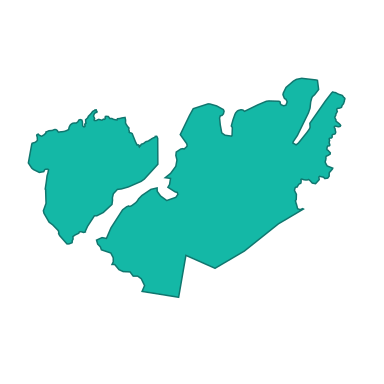 the district of Petersburg, Alaska, United States of America, rotated 85°
{"feature_id": "52423323B76828844452953", "entity_name": "Petersburg", "entity_type": "district", "adm_level": 2, "iso_a3": "USA", "parent_name": "United States of America", "parent_adm1": "Alaska", "projection": "mercator", "projection_center": [-133.171, 57.135], "detail": "fine", "context": "isolated", "style": "filled", "palette": "teal", "viewbox_px": 384, "rotation_deg": 85, "n_neighbors": 0, "source": "geoboundaries", "source_scale": "gbopen_adm2", "svg_char_len": 5594}
<svg xmlns="http://www.w3.org/2000/svg" viewBox="0 0 384 384"><g transform="rotate(85 192 192)"><path d="M286.7,250.4L295.7,214.5L254.6,203.6L270.0,175.7L255.4,145.0L231.2,108.6L218.7,82.5L218.2,83.2L219.0,85.8L217.9,88.2L216.5,88.5L215.5,88.6L214.2,88.9L213.1,89.0L212.4,89.4L211.2,89.4L209.8,89.8L208.6,88.8L203.4,88.2L199.4,89.8L196.8,88.9L196.3,88.3L196.2,86.8L194.2,85.5L193.1,84.2L192.9,83.0L191.8,82.5L190.2,82.3L189.2,82.4L188.7,82.0L188.8,81.2L189.5,79.6L190.0,77.4L190.0,75.7L189.7,74.8L190.7,73.6L193.6,71.4L194.5,68.2L190.8,64.2L189.0,64.3L188.3,64.4L187.5,63.5L187.9,62.3L188.7,59.7L190.2,58.5L190.0,55.6L188.2,54.0L185.3,53.7L184.5,53.4L183.9,52.7L183.3,52.0L182.7,51.6L182.0,50.7L181.2,50.0L180.5,49.7L180.0,50.7L179.5,51.7L178.8,53.2L177.8,55.1L176.0,55.9L174.8,56.4L173.8,56.7L172.9,56.5L172.4,56.2L171.4,55.9L170.1,55.6L169.3,55.7L168.0,55.1L167.6,53.7L166.8,52.1L166.3,51.1L165.0,50.8L163.9,51.7L162.3,52.9L161.9,53.6L160.9,54.0L160.3,53.7L159.1,53.5L157.9,52.6L158.0,51.7L157.9,51.0L157.3,50.6L156.4,50.7L154.9,51.1L153.7,50.8L152.5,50.4L151.8,50.7L150.7,50.6L150.3,49.7L150.3,48.7L150.3,48.3L149.4,47.5L148.3,47.6L147.6,47.5L146.9,46.6L146.9,45.6L146.4,44.2L144.9,43.6L143.0,43.9L141.6,43.9L140.3,44.5L139.6,44.6L138.9,43.8L138.9,43.0L139.8,40.6L139.7,39.4L139.5,38.6L138.7,38.1L137.9,38.5L136.9,39.3L136.0,40.2L135.1,41.2L133.9,42.4L132.6,42.3L131.3,42.9L129.9,43.3L129.2,42.8L128.4,42.2L127.5,41.9L126.8,41.9L125.4,40.8L124.3,40.2L123.0,40.7L122.2,40.6L121.4,39.7L121.3,37.6L120.7,35.7L119.6,35.2L119.0,35.1L118.3,34.4L117.3,33.4L116.1,32.9L114.8,32.3L113.2,32.0L112.6,31.5L111.5,31.9L110.9,32.7L109.9,33.2L108.9,33.9L108.2,35.4L107.5,37.2L106.5,38.9L105.5,40.3L105.2,41.7L104.6,43.2L105.6,44.4L113.1,51.3L133.8,68.6L137.8,68.7L139.4,69.5L142.8,72.4L152.6,81.8L154.1,84.2L152.0,87.2L150.7,86.8L144.9,82.1L123.3,69.1L118.7,67.1L112.6,65.9L108.5,64.4L107.4,63.6L105.7,61.3L100.9,56.9L91.7,57.3L91.2,58.6L88.3,72.8L88.9,78.2L90.4,81.4L96.0,89.2L101.3,92.4L103.0,92.9L106.5,91.9L107.2,91.4L107.7,90.4L110.5,89.3L113.7,90.9L114.1,93.2L112.8,95.7L111.7,96.3L109.9,96.4L109.2,97.4L108.0,107.4L108.1,110.1L110.9,118.8L116.2,132.6L114.8,134.1L114.3,136.0L114.8,138.7L115.3,139.8L117.1,141.7L118.5,142.5L123.5,144.8L129.7,147.1L131.3,146.2L138.7,147.1L139.8,147.7L138.3,154.2L135.7,157.2L127.6,158.0L120.7,158.1L118.6,157.2L118.3,155.4L116.9,153.9L114.3,153.0L112.6,153.6L108.4,159.9L105.9,166.4L105.6,168.3L109.1,183.5L115.5,187.8L133.8,198.7L143.3,193.1L144.9,192.8L146.2,193.1L148.5,196.1L148.0,197.3L148.2,199.4L150.8,204.2L154.2,204.9L158.8,204.2L165.0,205.9L171.5,211.6L175.4,217.4L176.6,212.2L182.6,213.7L185.2,215.6L190.5,208.7L191.1,206.7L193.2,206.3L195.9,208.6L198.3,217.9L193.2,223.7L188.3,226.6L184.9,226.4L185.8,232.7L191.1,242.2L194.1,245.7L196.3,247.4L197.7,248.9L200.4,253.3L200.9,254.8L200.8,256.0L200.4,256.3L201.0,258.4L203.7,262.7L220.6,275.8L230.8,281.3L229.6,285.6L231.6,291.3L235.7,290.5L238.6,288.1L241.7,287.3L245.7,278.2L250.6,276.2L254.7,276.5L257.2,278.0L257.5,275.3L263.0,271.5L265.3,267.5L266.2,260.7L270.7,257.9L271.1,253.4L274.0,250.1L281.1,247.4L286.7,250.4ZM133.4,222.3L133.4,223.8L133.9,224.0L134.4,224.3L134.6,225.4L134.9,226.2L135.1,226.7L135.5,227.6L135.8,228.1L136.2,228.7L136.4,229.2L136.7,230.0L137.1,230.3L137.3,230.9L137.5,231.6L137.7,232.0L137.7,232.7L137.7,233.2L138.3,234.3L138.7,234.9L139.1,235.4L139.3,235.8L139.6,236.5L139.8,237.2L139.8,237.7L140.0,238.3L140.6,238.8L141.1,239.2L141.4,239.2L141.5,239.3L141.4,239.4L141.2,239.7L141.4,240.1L141.6,240.3L142.1,240.4L142.5,240.6L142.2,240.8L141.7,240.6L141.1,240.8L140.6,241.0L140.3,241.5L140.3,242.1L140.4,242.6L137.2,243.9L128.6,246.5L127.8,247.7L127.7,248.4L127.1,249.3L126.0,249.2L124.3,249.6L122.8,249.2L120.9,250.6L119.1,251.5L117.6,252.2L114.5,251.9L111.9,252.2L112.1,255.4L112.5,257.8L112.5,259.9L113.7,260.4L113.4,261.9L112.8,263.8L111.8,265.4L111.6,267.5L109.5,268.8L109.1,270.9L109.2,271.7L110.5,272.1L111.2,271.9L112.0,272.8L111.7,274.0L112.3,274.7L112.6,275.6L112.1,277.0L111.5,278.6L111.9,279.9L112.4,280.7L112.4,282.3L112.2,283.1L111.1,283.2L110.2,282.6L107.9,283.5L106.3,282.9L105.2,282.2L104.4,280.7L104.4,279.9L103.4,279.6L102.9,280.3L101.8,280.3L101.8,281.6L102.3,282.0L102.6,282.9L103.1,284.0L104.6,285.3L106.2,287.0L107.5,288.6L109.1,289.5L110.8,291.7L113.3,291.8L114.2,291.6L114.7,292.2L115.0,292.9L116.0,293.0L116.7,292.8L117.4,293.0L117.8,293.9L117.2,294.7L116.3,295.2L114.2,295.1L112.3,295.1L110.7,295.5L110.1,297.1L110.5,298.5L112.1,299.5L113.2,301.3L113.0,303.5L113.2,305.2L114.4,307.2L116.1,308.4L117.5,309.0L119.0,309.4L119.9,311.6L120.5,313.9L120.6,315.9L120.6,318.4L120.9,319.5L119.9,320.6L119.1,320.7L117.9,322.2L117.8,323.6L118.5,325.8L118.5,329.2L119.1,330.9L119.5,332.3L120.5,332.4L122.1,334.4L123.4,337.0L122.1,339.2L120.9,340.2L121.4,341.5L122.2,341.8L123.7,341.4L127.0,341.5L127.5,342.0L128.8,343.7L129.5,347.0L130.5,347.5L148.8,352.5L154.2,349.6L155.8,348.0L159.2,342.4L158.8,337.9L157.0,336.9L156.6,336.0L156.6,334.0L157.1,333.0L160.3,333.8L163.3,335.0L169.4,336.3L176.3,338.0L176.6,337.6L190.6,338.4L197.7,341.7L200.4,341.3L209.6,337.0L212.5,333.7L218.9,328.5L221.7,328.2L221.9,328.5L224.0,327.6L232.8,321.1L233.0,319.1L232.1,316.0L231.3,315.6L230.3,315.7L228.6,314.6L226.0,314.5L224.6,312.1L223.2,308.4L222.1,307.8L221.8,307.0L222.1,305.3L222.9,303.5L222.5,301.7L221.8,301.7L217.0,299.0L207.2,291.3L207.4,288.9L204.7,282.2L197.4,272.8L193.3,271.9L190.8,271.8L186.9,270.5L182.9,266.1L182.8,262.1L181.4,254.9L177.0,241.8L175.0,238.4L161.4,223.6L135.6,221.5L133.5,222.2L133.4,222.3Z" fill="#14b8a6" stroke="#0f766e" stroke-width="1.5"/></g></svg>